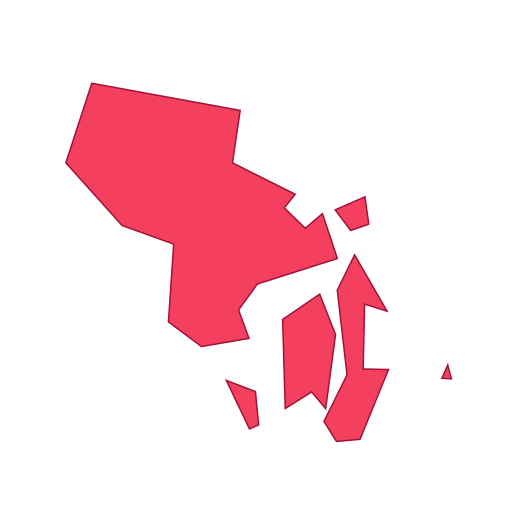 Sulawesi Tenggara, Robinson projection, rotated 350°
{"feature_id": "IDN-556", "entity_name": "Sulawesi Tenggara", "entity_type": "Province", "adm_level": 1, "iso_a3": "IDN", "parent_name": "Indonesia", "parent_adm1": "", "projection": "robinson", "projection_center": [122.493, -4.447], "detail": "coarse", "context": "isolated", "style": "filled", "palette": "rose", "viewbox_px": 512, "rotation_deg": 350, "n_neighbors": 0, "source": "natural_earth", "source_scale": "10m", "svg_char_len": 762}
<svg xmlns="http://www.w3.org/2000/svg" viewBox="0 0 512 512"><g transform="rotate(350 256 256)"><path d="M265.7,109.9L249.0,160.2L305.3,202.0L292.2,213.5L309.3,237.2L328.8,225.8L335.7,272.6L252.5,283.8L229.5,306.1L234.8,335.9L186.6,335.7L158.3,305.7L177.0,230.0L129.4,202.7L84.9,131.2L124.3,57.4L265.7,109.9ZM366.8,390.8L326.6,454.6L303.0,452.6L294.2,430.7L325.0,388.9L330.1,303.8L353.3,272.0L375.5,333.1L354.6,322.3L341.9,385.9L366.8,390.8ZM320.7,347.2L298.1,418.4L287.2,399.5L258.3,411.3L271.2,323.1L312.1,304.6L320.7,347.2ZM231.9,389.4L229.3,422.8L219.5,425.1L205.2,373.4L231.9,389.4ZM373.6,216.6L372.6,244.2L353.7,247.3L342.0,224.3L373.6,216.6ZM417.8,408.7L425.9,396.7L427.1,410.9L417.8,408.7Z" fill="#f43f5e" stroke="#9f1239" stroke-width="1.5"/></g></svg>